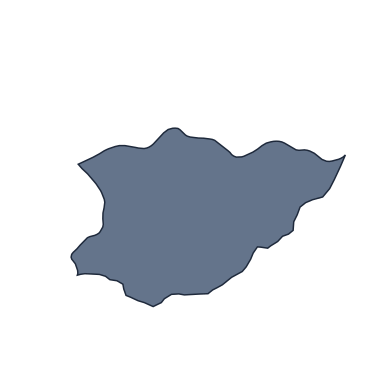 Jangjin, Hamgyŏng-namdo, North Korea, rotated 50°
{"feature_id": "82179303B63049631124183", "entity_name": "Jangjin", "entity_type": "district", "adm_level": 2, "iso_a3": "PRK", "parent_name": "North Korea", "parent_adm1": "Hamgyŏng-namdo", "projection": "albers", "projection_center": [127.23, 40.497], "detail": "fine", "context": "isolated", "style": "filled", "palette": "slate", "viewbox_px": 384, "rotation_deg": 50, "n_neighbors": 0, "source": "geoboundaries", "source_scale": "gbopen_adm2", "svg_char_len": 1812}
<svg xmlns="http://www.w3.org/2000/svg" viewBox="0 0 384 384"><g transform="rotate(50 192 192)"><path d="M262.2,50.7L262.4,53.5L261.9,56.3L261.2,58.6L258.3,64.8L256.9,67.1L254.9,69.2L250.6,71.5L241.0,73.4L236.4,75.4L234.1,76.9L232.0,78.8L228.8,83.3L226.6,85.2L214.0,89.7L211.4,91.0L209.2,92.7L207.4,94.6L205.6,97.0L204.2,99.5L202.3,103.7L201.5,108.6L201.3,114.2L200.6,119.7L198.0,129.2L197.1,131.3L193.7,135.7L191.2,137.0L188.8,137.6L186.1,137.5L183.5,137.9L167.0,141.4L164.7,142.7L162.5,144.6L158.4,148.4L154.8,152.4L148.7,158.1L146.2,159.7L144.2,160.4L136.5,161.2L134.3,161.9L132.3,163.8L130.7,165.9L128.8,170.1L128.5,175.6L130.4,190.7L130.4,193.4L130.0,196.1L129.2,198.5L127.9,200.8L123.9,204.8L121.6,206.6L113.3,213.6L109.8,217.8L107.8,221.6L105.3,228.0L104.6,230.4L104.0,232.9L103.3,238.1L101.8,245.5L97.6,261.3L103.4,261.2L111.0,260.3L123.9,260.2L132.1,261.1L134.6,261.7L141.2,263.9L143.8,265.4L147.6,269.5L150.9,273.7L155.2,277.5L159.8,280.8L161.5,282.9L163.3,287.7L163.7,289.6L163.4,292.0L162.7,294.4L160.5,299.0L159.8,301.5L160.8,311.8L161.6,316.6L161.9,321.8L162.4,324.2L164.2,326.5L166.2,327.3L172.0,327.5L178.5,330.0L180.9,331.7L182.0,333.3L183.5,330.1L185.7,326.6L190.1,321.8L195.6,315.9L201.0,312.4L206.3,311.3L211.8,306.5L218.2,304.2L222.4,306.6L228.8,309.0L233.1,306.7L240.6,303.2L246.1,299.6L254.8,295.4L255.8,291.3L257.0,286.6L256.0,281.8L257.2,273.5L261.6,267.6L265.9,264.0L270.3,258.1L274.7,252.2L280.2,245.1L280.2,243.9L280.3,239.1L281.4,234.4L282.6,228.4L282.8,216.5L285.2,204.6L284.2,198.7L281.2,190.3L278.1,184.4L276.1,177.2L278.3,174.9L283.7,170.1L283.8,166.5L285.0,158.2L284.1,151.1L286.3,145.1L286.4,139.2L280.2,133.2L277.1,126.1L273.0,118.9L273.2,111.8L275.4,104.6L279.8,95.1L277.9,84.4L273.9,74.9L267.8,61.8L262.2,50.7Z" fill="#64748b" stroke="#1e293b" stroke-width="1.5"/></g></svg>